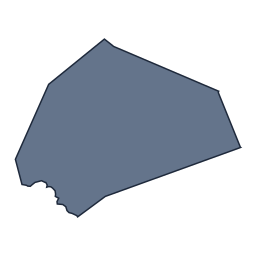 outline of Floissac/Marc, Castries, Saint Lucia
{"feature_id": "8701671B34935279369913", "entity_name": "Floissac/Marc", "entity_type": "district", "adm_level": 2, "iso_a3": "LCA", "parent_name": "Saint Lucia", "parent_adm1": "Castries", "projection": "natural_earth1", "projection_center": [-60.961, 13.963], "detail": "fine", "context": "isolated", "style": "filled", "palette": "slate", "viewbox_px": 256, "rotation_deg": 0, "n_neighbors": 0, "source": "geoboundaries", "source_scale": "gbopen_adm2", "svg_char_len": 586}
<svg xmlns="http://www.w3.org/2000/svg" viewBox="0 0 256 256"><path d="M218.7,91.2L218.3,91.1L113.7,46.5L104.4,39.1L48.7,84.3L15.4,159.3L22.0,184.5L23.9,184.8L26.5,185.3L27.7,186.1L30.3,186.3L32.0,184.8L35.0,182.4L36.6,182.0L41.5,180.7L45.1,182.4L45.8,182.4L47.2,185.0L46.7,187.2L48.5,186.6L50.8,186.8L52.5,188.0L55.1,190.8L55.6,194.1L55.3,196.4L58.7,198.2L57.0,201.6L57.3,204.0L62.8,204.5L65.8,206.7L67.0,210.6L69.0,212.6L72.1,213.4L76.8,215.6L77.6,216.9L105.3,196.4L240.2,147.6L240.6,147.4L240.4,147.3L218.3,92.6L218.7,91.2Z" fill="#64748b" stroke="#1e293b" stroke-width="1.5"/></svg>